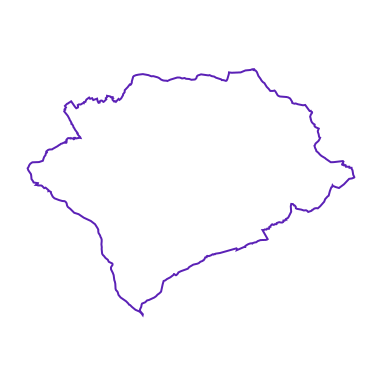 Berzunti, Bacau, Romania, rotated 357°
{"feature_id": "2599482B20873643169779", "entity_name": "Berzunti", "entity_type": "district", "adm_level": 2, "iso_a3": "ROU", "parent_name": "Romania", "parent_adm1": "Bacau", "projection": "orthographic", "projection_center": [26.631, 46.4], "detail": "fine", "context": "isolated", "style": "outline", "palette": "violet", "viewbox_px": 384, "rotation_deg": 357, "n_neighbors": 0, "source": "geoboundaries", "source_scale": "gbopen_adm2", "svg_char_len": 5893}
<svg xmlns="http://www.w3.org/2000/svg" viewBox="0 0 384 384"><g transform="rotate(357 192 192)"><path d="M261.1,73.5L260.8,73.7L259.9,73.5L259.4,73.2L259.1,72.8L259.3,72.6L258.6,72.6L256.7,73.2L251.7,73.4L246.9,75.1L237.8,75.0L235.2,74.5L235.0,76.0L233.2,81.2L232.4,82.5L231.7,82.8L229.2,81.9L227.6,81.8L227.5,81.5L226.9,81.0L221.9,79.1L220.2,77.9L217.7,77.3L215.7,76.2L214.4,76.4L207.2,75.0L204.0,75.9L203.0,76.7L202.2,78.7L200.8,79.8L197.3,79.9L195.1,79.0L191.9,78.6L190.6,77.8L188.0,78.1L185.9,77.1L183.3,76.9L176.1,78.7L173.1,79.9L172.3,79.5L170.0,79.3L168.6,78.9L167.0,78.1L165.3,76.6L163.7,75.7L159.5,74.3L157.4,74.3L154.6,73.0L149.1,71.7L144.7,72.0L142.1,72.4L140.1,73.1L139.3,73.8L137.7,78.4L137.6,79.7L136.9,81.1L136.3,81.7L135.7,81.2L135.5,81.3L133.2,84.0L130.2,86.8L129.9,88.9L128.3,90.7L128.2,91.7L126.1,94.9L124.4,96.2L123.5,95.2L120.7,98.0L119.8,97.2L119.0,97.6L117.5,95.8L117.3,94.7L118.1,94.2L117.7,93.8L117.7,93.1L116.0,93.1L115.8,92.6L115.0,92.2L112.2,91.5L112.1,92.7L110.8,93.8L111.3,94.9L108.7,97.2L108.2,97.4L106.9,96.1L106.0,95.9L104.5,96.7L104.5,97.8L103.5,98.1L103.2,97.9L102.4,95.9L102.1,93.8L98.2,95.0L97.2,93.1L95.1,93.6L94.2,92.3L91.5,94.1L90.8,95.1L90.3,96.4L88.8,96.6L88.6,97.7L87.8,97.5L85.4,98.8L83.7,98.6L82.5,99.2L82.7,101.2L82.4,101.7L80.8,102.3L79.6,100.8L76.4,95.6L76.1,95.1L75.8,95.2L74.2,96.3L73.4,96.5L72.7,97.2L71.8,97.4L69.6,99.4L70.6,101.0L69.1,102.7L69.6,103.3L69.1,103.7L68.6,104.8L71.9,109.4L73.5,112.8L73.7,113.7L74.4,114.8L75.4,117.1L75.1,117.6L76.2,118.6L76.9,120.1L77.1,121.3L77.8,122.1L78.4,123.6L80.9,127.3L80.5,127.6L81.5,129.4L83.2,131.4L83.5,132.2L82.6,132.0L79.1,132.4L78.2,131.8L77.2,131.8L77.2,132.9L76.8,133.1L76.6,133.1L76.3,132.4L74.3,132.1L73.9,131.8L73.4,132.2L72.0,131.7L70.7,131.9L69.4,133.2L69.6,133.8L69.3,135.6L68.7,135.6L68.5,134.9L67.9,135.4L68.3,136.2L66.3,136.1L65.1,136.7L63.4,137.1L62.6,137.8L61.1,138.5L60.4,139.1L55.3,141.6L54.6,142.1L51.7,142.1L50.3,142.6L48.6,143.9L48.5,144.4L49.1,144.6L49.2,144.8L47.9,146.2L47.6,147.6L46.4,148.9L45.8,150.1L44.7,153.0L40.8,154.1L34.1,154.0L32.0,155.3L30.8,156.8L30.1,158.4L29.1,159.7L29.7,161.8L32.1,165.7L32.3,167.5L32.4,170.7L33.9,173.1L34.3,174.2L38.6,175.1L38.4,175.6L37.3,176.1L36.5,176.8L38.0,177.0L38.5,177.4L41.7,177.6L42.5,178.0L44.6,180.4L46.0,180.0L48.8,182.7L48.8,183.1L48.6,183.2L48.6,183.6L49.3,183.4L51.1,184.6L51.2,186.1L52.4,188.7L52.6,189.3L54.3,191.1L58.8,193.1L62.0,194.2L64.3,194.5L65.3,195.2L66.2,196.7L66.5,198.9L67.2,200.4L69.6,202.5L73.3,206.6L77.6,208.2L82.6,212.0L89.4,215.6L93.5,219.1L96.0,223.6L96.5,225.1L96.3,225.9L96.5,228.0L97.9,230.5L98.3,232.1L98.9,233.2L99.3,234.9L99.2,236.7L98.8,239.5L99.0,242.4L98.8,244.3L99.0,248.5L99.1,249.1L99.9,250.5L100.5,251.0L102.2,253.4L104.4,255.3L105.2,257.3L108.6,259.2L108.9,259.8L108.8,260.7L107.5,262.4L107.1,263.3L107.1,265.0L108.7,268.7L109.4,270.9L109.8,275.9L110.3,277.6L110.6,279.6L110.6,284.7L111.0,286.0L112.1,287.3L112.6,288.2L113.2,290.9L115.2,293.6L120.5,297.7L122.7,300.2L123.1,301.1L124.3,301.7L126.0,303.6L129.4,306.7L133.4,308.7L135.2,310.6L136.3,312.3L136.5,311.5L134.3,308.7L133.7,307.4L134.2,306.0L135.3,304.0L135.8,301.8L136.3,300.8L139.5,299.7L141.5,297.9L143.3,297.6L148.8,295.4L150.7,294.2L152.2,292.7L154.1,291.5L155.9,289.9L157.9,282.6L159.0,279.4L160.8,278.8L162.3,277.7L166.0,276.0L168.9,274.0L169.5,273.5L169.7,273.0L169.9,273.0L171.3,274.2L172.0,274.2L173.6,272.7L174.2,271.6L176.8,270.5L183.8,268.4L185.3,266.8L189.5,264.6L193.5,263.9L195.0,263.4L196.7,262.1L198.9,261.4L199.2,261.0L200.0,260.8L200.9,259.7L201.8,258.0L203.2,257.9L203.3,257.0L203.9,256.6L205.5,256.9L207.7,256.2L209.3,255.3L210.3,255.6L211.0,255.1L211.7,255.3L212.5,254.8L216.7,254.4L233.4,250.6L234.1,251.4L233.7,252.4L241.0,249.7L242.3,249.7L242.4,248.7L244.8,247.3L246.7,246.6L248.4,246.3L249.5,246.6L249.6,246.3L251.8,245.7L253.6,245.5L255.0,244.5L257.9,243.6L263.1,243.7L264.3,243.5L265.1,243.0L260.4,233.7L261.8,233.7L262.7,233.2L264.4,233.4L265.2,232.5L266.9,232.8L267.1,232.6L267.3,231.1L268.4,230.9L268.3,230.4L270.0,228.6L270.7,228.5L271.2,229.0L272.0,229.1L272.9,228.5L274.4,228.6L274.8,228.4L274.8,227.7L275.1,227.4L277.5,226.7L279.1,227.1L280.5,227.2L281.5,226.7L281.8,226.2L281.7,225.7L281.8,225.3L283.1,225.4L284.1,224.2L284.7,224.5L284.7,223.7L286.3,223.0L287.2,221.9L290.0,216.9L289.9,211.4L290.5,209.1L292.1,209.3L293.1,210.7L293.5,210.6L294.0,211.0L294.8,212.1L294.8,213.2L294.9,213.7L295.9,214.3L300.2,215.3L302.7,216.3L304.9,216.2L306.1,216.9L307.0,218.0L310.4,217.0L311.2,216.1L312.0,215.9L313.3,214.9L315.1,214.6L316.8,214.9L319.2,213.0L323.5,208.6L324.6,206.1L327.1,203.6L328.3,202.8L329.7,198.4L331.0,195.4L331.5,194.5L332.2,194.2L332.7,192.7L333.1,193.3L335.8,194.6L339.0,195.7L344.1,192.3L349.6,187.1L352.5,186.8L354.6,186.1L354.9,185.7L353.9,183.2L353.4,178.6L352.8,177.7L352.6,176.2L350.5,176.1L350.4,175.0L347.1,174.8L346.9,173.4L346.6,173.2L345.6,173.5L345.2,173.4L345.1,172.8L343.6,172.8L343.3,172.4L343.4,172.0L344.3,171.7L344.5,171.2L344.3,170.2L344.8,169.6L344.3,169.0L334.9,169.6L332.1,169.5L327.3,165.8L326.8,165.2L323.1,162.7L321.5,161.1L320.4,159.6L318.3,157.6L318.1,156.4L317.3,154.6L316.7,152.2L317.1,151.8L317.9,150.1L320.9,147.7L321.9,146.3L322.8,144.5L322.2,144.1L321.8,143.5L321.5,140.9L320.9,138.8L320.8,137.7L321.9,135.3L319.3,134.0L318.2,133.2L317.7,132.3L318.1,131.3L317.9,130.9L316.7,130.2L315.4,128.7L314.7,127.0L314.6,125.9L314.4,125.6L314.3,125.1L314.4,124.6L313.9,123.1L314.8,120.7L315.7,119.8L316.1,118.8L316.0,118.4L314.9,117.8L315.0,117.5L314.9,117.3L314.6,117.5L313.7,117.3L309.6,111.0L307.4,111.2L302.3,109.9L300.2,109.0L299.1,109.2L297.6,108.7L296.7,108.2L296.7,107.1L294.9,103.8L293.1,102.6L291.4,102.1L284.7,101.2L283.3,100.5L282.6,99.9L280.6,96.0L279.7,95.0L278.2,95.3L275.5,95.2L273.9,92.9L272.1,90.9L270.0,87.0L268.6,86.0L267.3,84.4L266.2,82.3L264.4,79.6L263.1,75.7L262.1,74.3L261.1,73.5Z" fill="none" stroke="#5b21b6" stroke-width="2"/></g></svg>